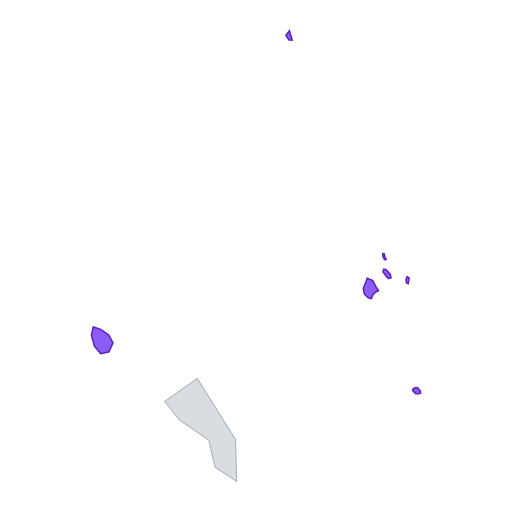 La Digue and Inner Islands on a map of Seychelles (Mercator projection)
{"feature_id": "SYC-5212", "entity_name": "La Digue and Inner Islands", "entity_type": "state/province", "adm_level": 1, "iso_a3": "SYC", "parent_name": "Seychelles", "parent_adm1": "", "projection": "mercator", "projection_center": [55.767, -4.192], "detail": "fine", "context": "in_parent", "style": "filled", "palette": "violet", "viewbox_px": 512, "rotation_deg": 0, "n_neighbors": 0, "source": "natural_earth", "source_scale": "10m", "svg_char_len": 984}
<svg xmlns="http://www.w3.org/2000/svg" viewBox="0 0 512 512"><path d="M235.5,439.4L236.7,481.3L214.9,467.2L208.8,440.2L179.6,420.0L164.6,401.4L197.3,378.5L235.5,439.4Z" fill="#d9dde1" stroke="#a8b0b8" stroke-width="1"/><path d="M108.9,351.9L100.7,353.7L94.4,346.2L91.4,335.3L93.2,326.9L100.7,329.4L108.8,335.1L113.0,342.9L108.9,351.9ZM367.2,278.2L372.7,280.5L375.7,286.3L378.6,290.7L375.6,292.2L372.7,294.9L371.5,298.7L368.3,297.9L364.3,293.9L363.3,288.3L365.6,282.7L367.2,278.2ZM383.8,269.1L386.0,269.6L390.3,274.3L391.0,277.8L388.3,278.5L386.0,276.0L382.9,271.8L383.8,269.1ZM416.1,387.5L418.0,388.1L420.3,391.0L420.6,393.1L418.2,393.9L415.6,393.7L412.9,390.9L412.7,389.2L414.1,388.1L416.1,387.5ZM289.4,30.7L292.2,40.1L288.9,40.0L285.9,35.3L289.4,30.7ZM407.0,276.7L409.2,278.0L408.7,280.7L408.2,283.7L406.5,282.9L406.0,279.5L407.0,276.7ZM382.8,253.6L384.3,253.8L384.8,256.6L386.1,259.5L384.5,259.7L382.8,256.1L382.8,253.6Z" fill="#8b5cf6" stroke="#5b21b6" stroke-width="1.5"/></svg>